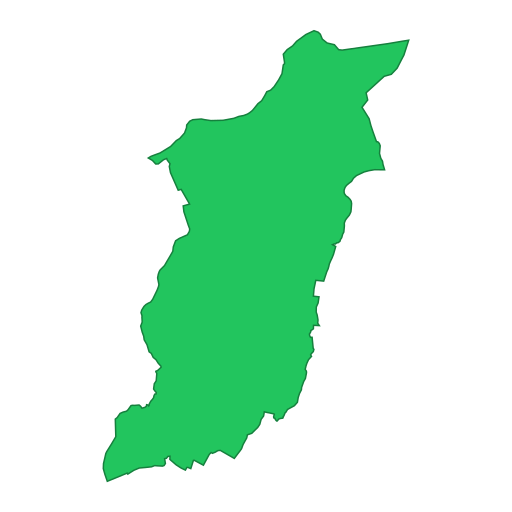 the district of Ignesti, Arad, Romania
{"feature_id": "2599482B32304228605498", "entity_name": "Ignesti", "entity_type": "district", "adm_level": 2, "iso_a3": "ROU", "parent_name": "Romania", "parent_adm1": "Arad", "projection": "mercator", "projection_center": [22.177, 46.451], "detail": "fine", "context": "isolated", "style": "filled", "palette": "green", "viewbox_px": 512, "rotation_deg": 0, "n_neighbors": 0, "source": "geoboundaries", "source_scale": "gbopen_adm2", "svg_char_len": 4143}
<svg xmlns="http://www.w3.org/2000/svg" viewBox="0 0 512 512"><path d="M403.9,55.1L408.7,40.2L405.7,40.7L403.0,41.1L387.6,43.7L342.2,50.1L338.7,49.7L334.4,44.7L327.1,43.0L322.3,39.1L320.3,34.2L318.2,32.2L314.0,30.7L305.9,34.5L296.6,41.3L292.6,45.9L287.2,49.6L283.3,54.2L284.5,62.1L284.5,63.7L283.3,64.9L282.0,73.7L278.7,79.8L274.1,86.7L270.6,90.2L266.8,91.7L264.7,95.7L261.7,100.7L258.0,103.6L254.4,108.1L252.4,110.5L249.7,112.7L247.4,114.1L243.7,115.5L238.9,116.4L233.9,118.3L223.1,120.3L210.9,120.6L204.8,119.7L201.3,119.0L197.6,119.3L192.8,119.7L189.7,121.2L186.7,125.0L186.5,127.8L184.5,133.1L179.7,138.5L176.3,140.6L170.6,146.5L160.0,153.0L155.3,154.7L151.6,156.1L150.7,156.5L148.3,158.0L151.0,159.6L152.5,160.5L155.7,164.0L158.3,163.9L163.6,159.7L166.7,158.5L167.2,160.0L170.0,163.7L169.3,166.5L170.5,172.7L178.2,190.2L181.2,189.4L189.6,204.1L183.2,205.9L183.9,211.8L188.2,224.9L189.7,228.9L189.4,231.3L187.4,234.8L179.3,238.4L175.6,240.8L173.3,246.9L172.8,251.3L170.3,255.7L167.4,260.6L164.5,265.6L160.2,269.9L159.3,271.4L158.3,274.2L157.6,277.9L158.9,284.5L158.5,286.5L157.1,290.2L152.7,299.3L150.6,302.1L148.4,303.1L146.0,304.5L144.1,306.3L143.0,308.0L141.7,310.2L141.0,312.7L142.1,316.0L141.9,316.9L142.2,322.1L140.7,326.1L142.2,332.1L143.7,336.2L144.2,339.8L147.0,344.7L149.1,351.8L151.3,353.4L153.2,357.4L156.0,359.7L158.3,363.3L160.9,366.1L161.1,367.3L157.5,370.6L155.9,371.2L155.8,371.7L156.8,373.5L156.2,380.8L155.0,382.7L154.3,383.7L153.6,389.0L154.7,390.7L156.2,392.4L156.1,393.9L154.7,394.2L153.9,396.0L153.7,397.4L153.2,398.3L152.3,399.5L151.1,400.8L150.5,401.7L149.3,403.9L149.1,405.3L148.7,405.9L148.0,405.0L146.6,404.7L146.3,406.3L145.2,407.2L142.0,408.2L140.7,406.4L139.1,405.0L134.6,405.4L132.4,405.3L131.0,405.6L128.1,409.7L126.5,411.2L123.0,412.1L120.1,413.4L117.2,417.6L115.3,419.1L115.6,429.9L115.8,436.7L111.5,444.0L106.7,451.7L105.8,453.6L104.9,457.6L103.5,463.6L103.3,468.6L104.9,474.3L107.3,481.3L127.2,473.1L127.8,474.1L134.0,470.2L139.3,468.0L145.1,467.5L151.6,466.8L154.6,465.6L156.9,465.8L162.6,466.1L164.1,465.5L165.4,463.5L164.6,458.6L166.4,458.3L167.9,456.4L170.0,456.2L169.9,459.4L170.9,460.3L176.1,464.8L181.2,468.1L185.4,470.1L186.9,467.4L187.9,467.4L190.8,468.6L193.4,460.4L194.1,460.2L203.4,465.2L209.2,454.5L211.1,452.5L212.4,453.3L215.2,452.2L217.9,450.6L220.4,450.4L222.6,451.7L234.3,458.4L237.9,453.6L240.0,450.9L241.5,448.8L241.9,447.8L242.5,446.1L242.8,445.3L243.0,444.7L243.2,444.3L244.9,441.2L246.7,438.0L247.4,434.8L251.8,433.3L254.7,430.4L257.7,427.5L259.8,424.3L261.1,419.4L263.6,416.0L264.3,411.8L265.4,412.1L267.7,412.6L269.0,412.8L273.8,413.9L274.3,414.2L273.6,416.8L273.8,417.9L274.9,418.3L275.4,419.6L276.6,421.0L277.2,421.0L278.7,419.1L280.3,418.5L282.5,418.2L283.1,417.8L283.1,416.8L283.8,416.0L285.1,412.8L285.8,412.3L287.5,409.5L288.7,408.8L294.4,405.7L297.4,402.3L298.2,397.5L299.5,393.5L301.4,389.8L301.6,387.4L303.7,381.5L305.4,378.5L306.5,372.7L306.4,371.2L305.2,369.4L306.0,365.9L306.9,363.2L308.5,359.7L311.1,356.8L311.5,356.4L310.6,354.9L311.4,353.6L313.3,351.6L313.9,349.3L313.2,348.4L312.1,337.3L311.1,337.3L310.5,337.3L309.7,335.8L309.4,334.0L310.2,332.9L310.8,331.6L310.8,330.5L312.1,329.8L313.4,328.8L313.5,325.3L319.3,325.6L317.7,323.2L318.0,320.0L317.2,315.1L316.2,312.1L316.3,307.0L318.1,303.0L319.0,296.8L313.4,296.2L314.0,288.9L315.8,280.3L323.7,281.1L326.7,271.9L328.1,268.8L328.8,266.4L329.3,264.0L330.8,260.5L332.1,257.8L333.5,254.3L335.7,246.5L332.5,244.7L334.2,243.9L335.4,244.0L336.8,242.7L337.9,242.8L339.9,241.4L340.5,239.5L341.7,237.7L342.7,234.1L343.8,232.1L344.4,226.0L344.3,223.0L345.4,220.2L346.4,218.7L349.4,215.0L350.9,211.8L351.2,209.0L351.6,203.6L351.2,201.2L350.0,199.3L348.1,197.3L345.9,195.8L344.5,193.8L344.1,192.4L344.1,190.2L345.0,187.5L346.5,185.4L349.1,183.2L351.5,181.4L353.5,178.2L356.6,175.5L364.0,172.0L368.8,170.7L374.5,169.7L384.6,169.8L383.0,164.4L382.5,161.2L380.8,158.3L379.5,153.4L380.2,145.8L379.3,143.4L377.8,141.8L376.5,141.7L372.9,131.6L370.9,125.6L369.1,118.7L363.2,109.2L362.0,107.3L367.7,100.0L366.1,92.8L384.2,76.3L391.3,74.3L397.1,68.2L402.2,58.3L403.9,55.1Z" fill="#22c55e" stroke="#15803d" stroke-width="1.5"/></svg>